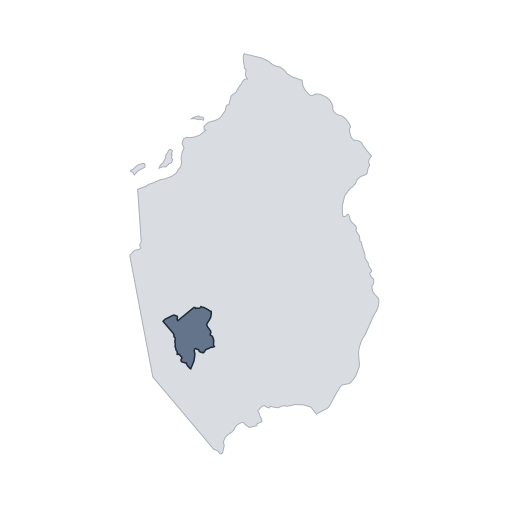 United Republic of Tanzania, with Simiyu highlighted, rotated 230°
{"feature_id": "TZA-5585", "entity_name": "Simiyu", "entity_type": "Region", "adm_level": 1, "iso_a3": "TZA", "parent_name": "United Republic of Tanzania", "parent_adm1": "", "projection": "albers", "projection_center": [34.096, -3.023], "detail": "fine", "context": "in_parent", "style": "filled", "palette": "slate", "viewbox_px": 512, "rotation_deg": 230, "n_neighbors": 0, "source": "natural_earth", "source_scale": "10m", "svg_char_len": 5179}
<svg xmlns="http://www.w3.org/2000/svg" viewBox="0 0 512 512"><g transform="rotate(230 256 256)"><path d="M198.9,345.6L194.1,343.1L189.8,341.6L186.3,339.9L184.7,338.3L181.4,337.7L178.5,337.4L175.8,335.9L170.4,335.3L169.8,334.3L169.7,332.1L168.7,331.5L166.7,330.9L164.6,330.9L163.3,331.3L162.5,331.1L160.8,329.8L159.1,328.1L158.5,325.4L156.0,323.7L153.1,322.3L145.1,322.5L143.8,322.1L141.9,320.7L139.7,318.4L137.9,315.9L136.3,312.4L134.7,307.7L125.5,288.9L124.5,285.3L122.7,281.4L119.7,276.5L116.6,272.9L112.4,269.7L107.6,266.4L105.0,264.2L100.0,255.4L99.0,251.2L98.2,246.9L98.5,245.2L101.6,239.6L101.9,238.0L101.5,235.9L100.0,231.5L98.0,226.1L94.1,216.4L93.5,213.9L93.6,212.1L95.8,202.1L95.8,200.7L105.0,200.9L111.7,196.5L117.5,189.9L118.7,187.2L121.1,183.0L123.4,181.0L124.3,179.5L125.6,175.3L128.7,172.5L131.7,170.3L131.0,168.8L131.5,168.2L133.1,167.1L136.3,166.1L136.9,163.9L136.9,161.4L136.4,160.1L136.4,158.5L136.0,157.6L133.9,157.4L130.8,156.1L128.2,155.6L126.4,154.9L125.8,154.4L125.5,152.9L126.9,149.1L125.5,147.5L128.7,141.2L129.3,140.4L130.4,140.3L132.3,139.7L134.0,139.3L135.4,139.6L136.4,139.3L137.3,138.6L138.1,136.5L138.7,132.9L138.4,130.0L137.0,127.7L136.6,124.3L137.2,119.7L136.8,115.8L135.3,112.8L133.8,111.0L131.5,110.1L127.8,105.5L126.7,103.2L126.9,101.8L128.1,101.2L130.5,101.4L132.6,100.8L134.7,99.6L136.6,99.2L137.7,99.4L229.7,99.2L337.1,159.4L337.6,160.1L338.4,165.3L338.2,167.0L336.5,170.0L336.1,171.6L336.0,172.6L336.4,173.1L337.8,173.2L339.0,173.9L339.5,174.5L340.4,176.7L341.6,177.9L382.2,207.5L383.1,207.9L382.5,210.4L380.2,216.3L380.1,218.8L379.2,221.8L378.3,223.7L375.9,232.1L373.9,235.2L371.2,242.6L370.8,248.3L372.2,252.2L372.8,255.9L375.9,259.6L378.4,260.9L380.1,262.5L383.1,266.3L384.8,270.1L390.2,272.0L392.3,276.3L391.5,279.2L389.0,281.6L386.6,285.6L384.7,290.7L384.6,298.6L385.9,297.4L388.7,299.4L389.1,305.2L386.1,311.9L385.2,315.1L385.0,317.8L387.1,325.9L390.3,330.0L390.1,331.3L389.2,332.4L394.7,339.7L394.3,346.0L396.3,351.0L397.2,355.2L398.5,358.5L398.8,360.8L397.1,363.3L401.1,363.9L403.5,366.0L404.6,368.0L407.5,367.9L409.1,369.2L411.3,370.4L416.3,373.7L417.7,375.3L418.5,376.9L404.6,387.2L399.6,389.8L396.0,391.0L392.2,391.7L388.6,393.3L385.2,395.9L380.8,397.1L375.4,397.1L369.8,398.9L361.0,404.2L355.9,401.2L351.8,400.3L347.2,400.3L344.4,400.7L343.4,401.3L342.5,403.1L341.7,406.1L338.7,409.0L333.3,411.7L328.4,412.7L323.9,412.0L320.9,410.9L319.3,409.3L317.0,408.5L313.9,408.6L310.9,409.8L308.1,411.9L303.6,412.8L297.4,412.5L294.1,411.5L293.6,409.7L290.9,407.6L285.9,405.2L282.3,405.1L279.9,407.4L277.8,408.9L275.8,409.5L274.1,409.5L271.6,408.9L264.7,408.7L258.3,408.7L257.6,405.4L256.3,403.4L255.1,402.2L252.9,401.9L252.2,400.9L251.5,398.9L250.4,397.1L248.9,395.6L248.0,394.3L247.7,393.0L248.0,391.7L249.3,388.3L249.8,385.9L249.6,383.5L248.9,381.1L247.3,378.1L247.5,377.3L247.0,375.3L246.9,373.9L247.2,372.2L246.9,369.9L245.6,365.0L245.6,363.7L244.2,361.4L239.9,355.7L239.7,355.0L232.9,349.4L230.2,348.1L229.2,349.2L228.9,350.2L229.2,352.0L229.0,352.9L228.7,353.3L227.1,353.2L226.1,353.0L223.5,351.5L221.5,351.1L216.6,351.4L214.8,351.8L213.5,351.4L210.9,348.8L207.8,348.3L205.0,348.2L200.5,345.2L198.9,345.6ZM391.0,251.4L393.2,257.7L392.9,258.8L391.3,259.5L390.5,259.6L389.5,258.6L388.8,256.5L387.6,257.0L385.6,254.4L383.6,254.3L381.8,251.3L382.5,248.7L382.1,244.2L384.3,242.0L385.6,238.1L386.9,240.7L387.3,244.8L389.1,249.7L391.0,251.4ZM401.9,214.3L402.1,215.7L401.6,217.1L401.7,221.6L401.5,224.5L399.8,228.6L398.5,230.0L397.2,229.6L396.3,228.9L395.5,227.8L397.1,220.3L396.3,214.9L399.5,215.4L401.9,214.3ZM397.0,304.2L395.4,304.6L394.8,304.2L393.8,303.0L395.5,302.0L397.1,300.0L401.0,297.0L402.7,294.7L402.4,297.0L400.3,302.0L398.5,302.3L397.0,304.2Z" fill="#d9dde1" stroke="#a8b0b8" stroke-width="1"/><path d="M223.0,131.0L224.1,131.3L224.9,132.1L225.4,133.3L225.4,133.6L226.5,134.2L227.3,133.9L229.3,134.0L230.5,133.9L230.7,132.8L231.4,132.4L233.2,134.1L234.3,134.3L235.3,134.3L237.6,135.5L238.4,135.7L239.1,136.1L239.8,137.1L240.7,137.8L242.9,139.0L243.7,140.0L244.4,141.0L245.2,141.4L246.1,141.3L246.9,141.3L248.5,142.5L249.6,142.9L265.7,142.8L266.0,145.7L264.0,154.0L263.2,155.5L261.6,156.2L261.2,156.6L260.7,156.9L259.6,156.6L258.9,155.5L257.8,154.6L256.7,154.5L256.5,175.4L255.7,176.2L255.0,176.0L254.4,176.2L254.4,176.7L254.2,177.1L253.2,178.0L252.4,179.1L252.3,180.3L252.6,181.4L251.6,181.6L250.8,182.3L250.4,182.9L245.4,184.9L244.3,185.1L243.3,185.4L242.4,186.1L241.0,185.1L239.8,183.9L238.1,181.8L236.9,178.9L235.9,175.6L235.0,174.0L232.6,173.3L229.8,173.2L227.7,173.0L226.3,172.2L225.4,170.5L224.6,170.1L223.6,170.7L222.5,170.9L221.0,170.5L218.4,169.3L216.3,167.3L214.9,166.1L213.4,165.9L214.1,163.8L214.9,163.1L215.3,162.2L215.4,160.8L216.3,158.3L216.5,157.1L215.6,153.8L216.0,153.0L216.7,152.9L217.2,152.3L217.7,151.9L218.4,151.7L219.2,151.2L221.2,151.8L222.3,150.9L222.8,150.7L223.4,150.7L224.0,150.1L224.1,149.3L223.4,147.9L222.0,147.1L220.7,146.5L219.6,145.6L218.4,144.3L216.1,141.7L215.2,140.5L211.5,133.5L211.9,133.4L212.7,133.1L214.2,133.0L215.9,133.0L217.6,133.3L218.8,133.9L219.4,133.2L219.8,132.8L220.3,132.7L220.5,132.6L221.9,131.6L223.0,131.0Z" fill="#64748b" stroke="#1e293b" stroke-width="1.5"/></g></svg>